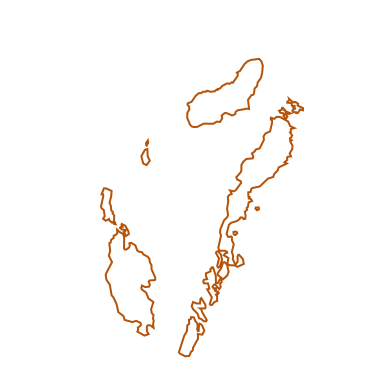 map outline of Nusa Tenggara Timur (Natural Earth projection), rotated 118°
{"feature_id": "IDN-1235", "entity_name": "Nusa Tenggara Timur", "entity_type": "Province", "adm_level": 1, "iso_a3": "IDN", "parent_name": "Indonesia", "parent_adm1": "", "projection": "natural_earth1", "projection_center": [122.339, -9.496], "detail": "fine", "context": "isolated", "style": "outline", "palette": "amber", "viewbox_px": 384, "rotation_deg": 118, "n_neighbors": 0, "source": "natural_earth", "source_scale": "10m", "svg_char_len": 6076}
<svg xmlns="http://www.w3.org/2000/svg" viewBox="0 0 384 384"><g transform="rotate(118 192 192)"><path d="M239.1,124.7L238.7,127.2L233.2,128.9L232.9,134.3L230.7,133.9L229.1,132.4L228.4,133.0L228.3,135.2L230.6,139.4L230.5,141.1L228.6,142.7L216.9,145.9L214.5,148.3L211.4,149.5L201.9,150.4L197.6,149.1L195.3,149.4L190.1,153.3L183.9,155.3L179.3,158.1L177.1,157.7L175.0,156.0L172.8,159.1L171.7,155.3L169.7,154.2L160.8,152.9L159.5,154.3L159.8,157.9L158.2,159.8L152.0,158.3L149.8,158.5L145.1,161.0L141.6,161.0L137.4,159.6L133.8,154.2L131.9,154.5L129.8,157.2L126.7,155.7L124.7,155.7L121.6,152.7L112.2,153.0L109.4,154.9L107.3,154.8L105.6,154.5L101.8,151.5L92.7,154.0L90.8,155.3L91.1,156.4L89.4,157.2L88.7,153.6L86.2,152.8L84.5,149.9L84.6,140.4L87.7,136.2L87.5,131.6L90.0,134.3L92.4,133.0L93.4,133.5L95.0,130.1L97.5,130.1L98.4,130.8L99.1,130.5L99.6,128.2L101.0,129.3L104.0,124.9L107.1,123.6L112.0,123.9L114.1,121.3L115.8,123.9L117.0,124.2L118.9,122.9L122.3,124.3L122.3,121.6L129.6,127.0L132.8,126.5L137.5,127.8L140.7,127.4L144.4,131.2L155.2,134.7L160.1,140.5L161.5,141.1L164.4,140.3L165.9,142.2L169.4,140.2L169.4,138.6L171.0,138.8L170.7,136.3L171.8,134.7L174.5,137.1L178.9,135.7L180.5,136.2L181.9,135.0L184.7,136.1L187.3,133.8L190.7,132.4L191.8,133.7L190.9,135.3L191.7,137.3L193.7,137.3L196.6,138.8L200.8,143.0L203.7,144.0L212.7,141.8L214.5,139.4L214.4,138.1L212.9,136.8L213.1,135.6L216.0,133.9L218.5,130.6L226.2,128.7L229.2,125.6L232.1,124.5L235.1,120.6L234.9,119.4L231.9,119.0L227.7,121.5L225.7,121.6L225.3,121.0L227.4,115.5L231.2,112.5L236.8,116.8L236.7,119.6L239.1,124.7ZM298.1,192.3L300.6,191.6L301.6,190.4L302.4,185.2L306.4,180.6L307.3,174.4L314.7,173.1L317.8,170.7L318.7,168.2L322.1,167.0L323.6,165.4L327.5,164.1L329.9,162.2L329.3,166.5L330.5,168.5L332.1,168.7L336.2,166.3L337.9,163.6L341.1,166.6L340.9,174.7L338.8,174.9L337.2,176.1L334.0,174.7L332.5,175.1L331.7,176.2L332.0,180.7L334.8,183.6L336.6,191.4L333.7,194.3L332.7,200.6L326.3,206.1L322.0,211.8L320.9,214.5L312.5,221.0L309.6,226.4L305.7,229.3L303.9,229.6L291.5,229.7L287.3,235.5L282.4,236.6L276.0,241.0L275.0,240.1L272.2,240.9L269.3,239.6L267.3,240.6L265.3,239.0L263.4,238.6L260.4,240.5L261.4,237.0L261.3,233.8L262.4,232.0L264.0,230.5L273.6,225.6L274.4,224.3L273.5,222.9L270.5,221.5L268.3,221.8L266.8,223.2L265.4,222.0L265.7,217.0L269.4,212.9L269.6,210.5L268.6,208.0L269.9,205.7L270.0,200.6L270.8,198.5L274.0,196.0L275.8,193.2L279.1,191.6L284.7,184.4L286.2,183.5L287.2,183.4L290.0,187.9L291.5,188.2L293.7,185.6L295.8,185.5L297.9,188.8L298.1,192.3ZM132.0,217.9L133.8,220.9L134.2,223.0L133.6,225.2L128.7,231.1L124.2,233.3L120.2,233.1L117.6,235.0L117.2,236.9L115.6,237.4L112.8,234.8L105.0,233.8L101.5,232.4L100.5,230.5L98.2,229.2L96.9,226.7L95.6,226.4L94.7,222.5L92.4,219.2L90.2,218.4L89.6,217.2L89.0,217.6L87.3,215.8L84.1,215.1L79.5,211.9L78.9,209.7L76.5,208.4L76.4,207.2L68.1,206.2L66.3,206.9L65.5,208.4L62.7,206.5L54.5,205.7L50.7,204.4L47.8,202.0L42.9,195.2L44.0,192.2L47.2,188.8L54.1,185.9L58.8,184.7L64.4,185.4L67.9,184.3L71.3,185.3L76.1,183.4L77.7,183.8L78.6,185.0L84.3,185.8L91.9,180.6L92.5,182.4L98.5,190.1L101.0,191.1L102.7,190.4L104.9,191.8L105.6,192.7L106.1,198.6L107.0,200.2L110.6,201.7L112.7,199.9L116.9,200.1L118.3,203.2L121.8,205.3L126.1,213.7L132.0,217.9ZM340.2,120.7L340.4,126.5L339.7,128.3L322.5,131.4L317.5,131.1L311.9,133.5L309.6,132.6L306.3,134.7L304.8,133.5L302.9,134.1L301.8,131.6L304.3,128.6L305.5,125.7L308.5,123.6L310.5,123.2L312.1,121.5L311.6,120.9L306.0,123.5L304.6,123.4L304.8,120.9L308.6,116.0L313.1,115.9L314.7,120.1L318.8,117.8L328.9,118.0L331.5,117.0L333.6,117.8L338.0,117.5L340.2,120.7ZM282.3,121.3L283.0,122.2L282.5,123.7L275.7,125.0L270.8,132.9L269.3,131.2L265.2,134.9L267.0,138.5L265.8,140.1L263.9,140.3L261.8,137.7L259.6,140.3L257.3,141.5L253.4,138.4L251.4,139.6L250.1,138.8L249.3,139.2L248.7,137.9L255.0,131.5L261.1,128.2L260.5,126.5L255.5,126.3L256.0,124.7L257.7,123.5L259.7,124.2L262.6,122.0L265.0,122.4L262.7,128.3L264.1,129.3L266.1,129.4L267.0,127.8L265.7,125.7L266.7,125.1L267.9,125.7L268.5,125.0L267.8,122.3L268.6,121.0L269.8,121.3L270.0,122.4L271.5,122.6L271.6,121.3L276.4,118.6L278.5,120.5L282.3,121.3ZM254.8,252.5L257.9,254.7L257.3,258.0L254.4,257.7L249.4,261.3L248.8,264.2L247.7,265.5L237.2,268.4L235.7,269.7L236.4,270.7L230.2,271.5L229.2,269.9L228.8,263.5L233.8,261.3L240.1,259.8L242.4,257.1L246.2,254.6L246.9,252.3L248.1,252.2L249.3,249.6L253.8,247.5L256.3,244.3L256.8,246.0L255.7,247.8L256.6,248.5L255.9,251.4L254.8,252.5ZM300.6,120.9L299.8,124.3L300.2,126.4L296.9,129.9L295.0,135.9L293.0,138.7L288.6,139.4L288.2,135.5L286.7,132.6L282.5,134.3L281.3,134.0L285.1,127.5L286.9,126.1L288.6,125.7L291.0,130.1L291.1,128.9L293.0,127.0L298.2,118.8L299.5,118.8L300.6,120.9ZM254.5,123.6L253.2,130.1L251.7,131.2L245.6,130.5L239.8,131.5L238.7,130.5L239.5,127.1L245.3,122.2L249.2,121.7L254.5,123.6ZM184.1,244.0L189.6,244.7L189.7,248.5L184.2,253.5L177.0,253.4L175.0,251.6L181.5,247.7L184.1,244.0ZM72.7,137.5L74.0,140.0L73.3,140.1L73.2,141.5L71.1,141.5L70.2,140.2L67.8,141.9L68.5,142.9L69.4,142.7L68.6,144.7L67.4,145.0L67.1,146.5L68.4,149.9L67.3,150.2L65.0,149.1L64.2,149.9L65.2,145.8L65.0,144.0L64.2,143.6L64.0,140.6L64.5,139.6L65.8,139.6L66.1,138.5L65.8,133.3L67.8,132.4L68.4,135.3L72.5,135.6L73.4,136.9L72.7,137.5ZM244.8,132.4L246.4,133.4L245.6,135.0L238.1,136.9L234.5,142.3L233.1,142.3L232.2,141.1L233.5,137.3L237.8,133.6L244.8,132.4ZM258.7,228.0L261.9,229.7L262.0,230.5L259.8,232.1L259.1,233.5L257.4,232.4L256.7,232.8L258.1,236.8L257.4,237.4L257.5,238.7L256.4,238.6L255.3,236.9L254.0,238.9L253.2,239.0L253.1,235.1L256.4,229.9L258.7,228.0ZM80.6,143.2L83.9,143.4L83.7,144.4L81.7,146.1L81.9,146.9L79.9,147.3L79.7,149.0L80.6,151.1L79.4,153.3L77.3,151.4L75.4,152.0L75.0,151.5L75.7,149.3L76.3,149.1L76.0,148.4L77.6,146.8L76.7,146.5L76.3,141.9L77.6,143.1L78.3,145.3L79.3,145.8L80.6,143.2ZM207.1,132.7L209.5,133.4L210.0,134.3L209.4,135.7L207.9,136.6L206.7,135.4L206.3,133.6L207.1,132.7ZM175.9,124.7L177.6,126.0L176.9,128.2L175.8,128.4L174.3,125.9L175.9,124.7ZM169.0,253.8L172.3,253.8L172.2,254.4L170.5,255.5L167.2,255.2L169.0,253.8Z" fill="none" stroke="#b45309" stroke-width="2"/></g></svg>